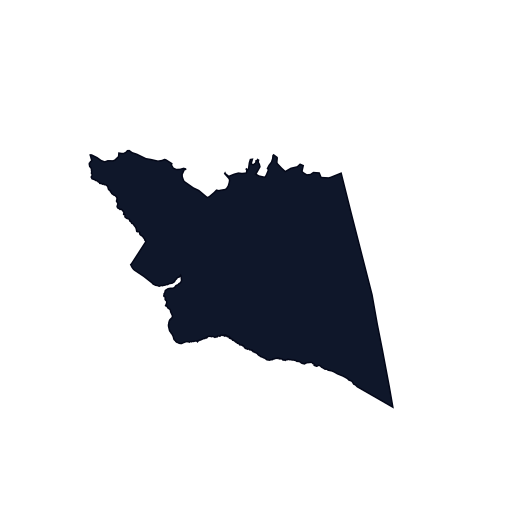 the district of Turkana West, Rift Valley, Kenya, rotated 120°
{"feature_id": "3690345B77554234988908", "entity_name": "Turkana West", "entity_type": "district", "adm_level": 2, "iso_a3": "KEN", "parent_name": "Kenya", "parent_adm1": "Rift Valley", "projection": "albers", "projection_center": [34.901, 4.052], "detail": "fine", "context": "isolated", "style": "filled", "palette": "ink", "viewbox_px": 512, "rotation_deg": 120, "n_neighbors": 0, "source": "geoboundaries", "source_scale": "gbopen_adm2", "svg_char_len": 6168}
<svg xmlns="http://www.w3.org/2000/svg" viewBox="0 0 512 512"><g transform="rotate(120 256 256)"><path d="M326.1,360.2L327.8,357.6L328.7,355.5L329.0,354.1L329.7,343.1L331.2,332.7L331.8,330.8L331.6,330.0L331.6,328.5L330.8,326.4L330.6,324.7L329.0,323.5L328.4,322.0L327.6,321.4L326.7,320.2L325.7,319.5L325.0,318.3L323.5,317.5L321.4,315.0L319.3,313.9L318.5,313.8L317.0,313.9L315.6,313.4L314.4,313.4L313.6,313.0L312.4,311.9L310.3,311.7L311.4,310.4L314.5,308.2L316.2,308.0L317.0,308.1L317.5,308.3L318.4,308.9L319.8,309.1L321.3,310.3L322.0,310.6L323.0,310.6L324.6,311.1L325.7,312.1L326.9,314.2L328.3,315.8L331.0,317.2L331.7,317.2L333.2,316.6L334.8,316.7L335.5,316.0L336.1,316.2L337.0,315.5L337.1,314.0L337.2,313.8L337.5,313.5L338.7,313.3L339.4,312.4L339.5,312.1L339.4,311.4L339.7,311.0L340.9,310.0L342.0,309.8L342.5,309.4L343.4,309.6L344.2,309.5L344.3,309.0L344.0,307.9L345.0,306.5L345.3,303.5L347.1,301.9L349.2,298.9L349.8,298.3L351.0,297.9L351.5,297.9L353.1,298.4L354.4,298.7L355.5,298.6L357.1,298.2L358.7,297.5L359.4,297.4L360.6,296.6L363.6,293.8L364.1,293.2L364.7,291.7L365.3,290.7L365.7,289.5L367.2,287.3L369.0,285.6L369.5,284.6L369.6,283.6L370.1,282.8L370.3,281.3L370.0,280.4L370.1,279.6L369.7,278.0L369.0,276.7L367.4,275.6L365.1,273.7L364.0,271.6L364.0,270.7L363.4,270.5L362.9,270.1L362.6,269.0L361.8,268.5L361.2,267.3L360.2,266.4L359.8,265.8L359.2,264.6L359.5,263.8L358.8,263.8L358.0,263.2L357.3,263.1L356.6,262.1L353.7,260.1L353.1,259.1L352.0,258.8L351.8,258.6L351.9,258.1L351.5,257.7L350.8,257.8L350.5,257.5L349.8,257.4L349.2,256.8L348.3,255.2L348.2,254.3L347.3,253.4L347.0,251.9L347.0,250.9L346.4,250.6L345.5,249.2L344.9,249.1L344.6,249.3L344.4,249.1L343.5,247.9L343.6,247.3L342.9,246.8L342.1,246.9L341.5,245.7L341.4,245.1L341.1,244.9L341.1,244.4L340.5,244.1L340.5,243.9L341.0,243.7L341.0,242.9L340.7,242.8L340.4,243.4L340.2,243.3L340.2,242.9L339.8,242.8L340.0,242.4L339.7,242.0L340.1,241.6L339.9,241.1L340.2,240.5L339.7,240.2L339.7,239.5L339.2,239.0L339.4,238.6L340.1,238.5L340.4,237.9L340.3,237.4L339.9,237.3L340.2,236.6L339.9,236.3L340.0,235.5L340.6,234.0L340.5,233.8L340.2,233.8L340.4,231.0L340.7,230.7L340.3,230.0L340.9,228.4L340.3,227.4L341.1,225.6L340.6,224.8L340.4,224.1L340.0,223.9L340.3,223.4L340.1,222.7L340.4,222.6L340.4,222.3L340.2,221.6L340.6,220.6L341.0,220.3L341.3,218.8L340.9,217.3L341.0,216.8L340.3,216.3L340.1,215.8L340.4,214.8L340.2,214.7L340.2,214.3L339.7,212.7L339.9,212.0L339.6,211.8L340.2,211.0L340.3,210.5L340.0,209.5L339.8,209.3L340.1,208.5L339.7,207.2L339.9,206.6L339.8,206.0L340.3,205.2L340.6,203.6L340.4,203.1L340.7,202.2L340.7,200.9L340.3,200.4L340.4,198.6L340.1,197.8L340.2,195.9L340.4,195.4L340.4,194.6L339.4,192.1L339.0,192.2L337.9,190.4L337.5,189.9L337.0,190.0L336.2,188.9L335.4,188.4L334.3,187.0L333.8,186.6L333.9,186.3L333.2,186.0L333.2,185.4L333.0,185.1L333.5,184.7L333.5,184.4L332.9,183.9L332.8,183.3L332.5,183.2L332.2,182.3L332.6,180.6L331.9,179.4L331.7,178.5L331.3,178.6L330.5,177.5L329.9,177.2L329.9,176.7L329.4,176.5L329.1,175.8L329.1,175.3L328.3,174.0L328.0,172.6L327.3,171.8L327.2,170.8L326.7,169.8L326.8,167.8L326.1,166.6L325.6,164.7L326.0,163.2L325.7,161.6L325.3,160.9L325.4,160.3L324.9,160.1L324.5,159.6L323.8,159.5L323.6,159.0L322.9,158.7L322.6,158.0L320.4,154.9L320.3,154.0L320.7,152.8L320.6,151.1L320.7,150.8L321.5,150.9L321.5,149.9L321.1,149.3L321.3,148.7L321.1,148.2L319.6,147.4L318.9,145.7L319.5,143.5L319.4,142.4L319.5,139.6L318.6,138.1L318.8,136.4L317.6,132.9L317.3,130.3L317.3,126.5L316.5,120.9L316.4,118.3L316.4,115.5L317.0,113.4L316.7,112.0L316.5,110.5L316.9,109.4L318.1,107.3L317.9,105.4L318.6,102.9L318.5,61.9L302.6,75.2L274.3,99.5L254.3,117.0L231.6,136.1L169.5,196.8L141.7,223.7L150.4,230.5L152.1,232.1L155.5,238.9L152.5,242.8L155.0,248.0L158.2,249.5L160.4,252.6L160.3,256.7L159.8,258.5L154.1,260.3L154.5,263.7L158.1,264.8L162.6,269.6L168.3,272.9L167.2,277.8L165.4,283.8L164.5,284.8L160.8,286.5L160.1,287.0L159.6,291.3L160.5,291.5L163.4,290.2L167.0,289.5L171.0,290.0L174.5,289.8L174.7,288.8L176.0,288.1L180.8,287.5L182.0,287.5L183.5,287.8L185.3,293.6L185.2,297.3L183.7,297.1L176.8,297.2L174.9,299.0L173.8,300.9L172.5,301.5L171.7,301.7L171.7,302.9L172.8,302.7L173.5,303.6L175.0,302.9L175.9,302.9L178.5,304.0L178.4,304.6L178.8,306.3L174.0,307.5L175.3,309.1L178.7,308.3L184.3,306.0L185.6,306.3L185.3,307.8L185.7,307.9L186.5,306.5L187.1,306.5L188.0,306.1L189.1,305.9L191.6,309.4L193.0,312.7L196.0,315.7L200.7,319.4L200.1,323.6L199.6,324.3L200.3,324.3L202.5,317.8L203.8,316.6L206.0,315.8L209.3,315.0L212.4,315.2L213.8,315.9L217.1,319.9L218.0,320.7L218.7,323.1L222.0,323.9L228.1,326.1L229.8,327.5L227.9,338.3L228.4,344.3L227.4,355.6L226.4,357.1L224.3,359.5L222.3,360.8L217.1,361.3L216.2,360.3L215.8,360.6L216.3,362.5L218.9,365.0L221.0,368.3L221.3,371.7L219.9,374.1L219.8,374.7L218.1,375.1L217.8,382.1L218.1,383.4L220.3,385.1L222.9,388.3L225.1,395.5L226.8,400.0L227.5,410.1L228.5,415.0L228.1,418.5L229.1,420.0L231.2,420.4L233.5,421.9L234.5,423.8L235.4,426.2L238.6,424.7L243.4,426.1L245.1,427.3L247.6,431.9L250.2,434.1L250.8,438.0L250.3,442.9L250.7,448.9L251.3,450.1L251.8,449.8L252.6,448.7L253.4,448.1L255.2,446.1L256.0,446.0L257.1,446.5L257.9,446.3L258.9,446.7L259.7,446.4L261.7,444.7L261.9,443.6L262.8,442.1L264.1,441.3L265.0,440.5L266.6,439.9L267.5,438.4L267.9,438.2L270.0,438.2L271.1,436.6L270.6,434.1L270.7,432.4L270.2,431.0L270.7,429.7L270.5,428.3L271.2,427.7L271.2,427.4L270.6,426.4L270.5,424.7L269.7,424.3L270.1,423.1L269.4,421.7L269.7,420.2L269.5,419.6L271.9,417.2L272.3,416.2L272.4,414.7L273.1,414.2L273.3,413.1L274.0,412.2L274.3,409.2L274.0,408.3L274.7,406.2L275.2,405.4L276.9,404.6L278.2,404.3L279.7,401.7L282.5,401.1L283.0,400.6L283.4,399.8L283.6,399.2L283.3,398.4L283.7,397.1L282.9,396.1L282.9,395.6L283.5,393.8L284.4,392.0L286.0,391.6L286.2,391.4L285.7,390.2L285.9,389.9L287.3,389.3L287.8,388.7L288.0,386.7L287.5,384.5L287.7,383.9L288.8,382.8L288.8,381.6L289.8,379.9L289.6,378.4L290.5,376.7L291.1,375.0L292.2,373.4L294.3,371.6L294.3,370.9L293.6,369.6L293.6,368.8L293.7,368.5L294.8,367.9L295.2,367.4L295.5,366.7L295.6,364.8L295.8,363.6L296.4,362.6L296.9,361.0L297.8,360.4L297.8,359.8L298.4,358.8L299.2,358.6L325.0,359.9L326.1,360.2Z" fill="#0f172a" stroke="#020617" stroke-width="1.5"/></g></svg>